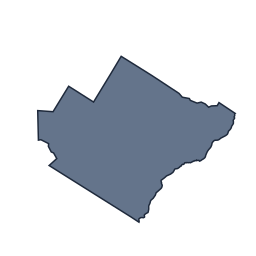 Essex, New York, United States of America (Natural Earth projection), rotated 39°
{"feature_id": "52423323B12520146334260", "entity_name": "Essex", "entity_type": "district", "adm_level": 2, "iso_a3": "USA", "parent_name": "United States of America", "parent_adm1": "New York", "projection": "natural_earth1", "projection_center": [-73.449, 44.146], "detail": "fine", "context": "isolated", "style": "filled", "palette": "slate", "viewbox_px": 256, "rotation_deg": 39, "n_neighbors": 0, "source": "geoboundaries", "source_scale": "gbopen_adm2", "svg_char_len": 2149}
<svg xmlns="http://www.w3.org/2000/svg" viewBox="0 0 256 256"><g transform="rotate(39 128 128)"><path d="M55.6,132.9L59.5,162.5L46.9,171.3L66.0,193.8L67.7,191.9L76.1,190.1L77.7,192.4L83.4,194.9L85.9,194.2L91.9,196.6L90.3,206.8L186.7,195.2L195.8,194.3L195.6,193.8L195.2,193.3L194.1,192.5L193.8,191.8L193.7,191.6L194.1,190.1L194.4,189.5L195.4,188.6L196.3,188.2L196.7,187.5L196.9,187.0L196.9,186.8L196.7,186.5L195.6,185.6L195.4,185.1L195.5,184.3L195.8,183.2L196.6,181.3L196.7,181.1L196.3,180.1L195.2,178.0L193.3,175.7L193.0,175.1L192.5,172.9L191.4,170.4L191.3,169.8L191.8,166.7L191.5,163.0L190.9,161.4L190.6,160.5L190.7,160.0L190.9,159.3L191.7,154.3L191.7,153.4L191.5,152.6L191.4,152.4L190.9,151.3L190.4,150.8L189.5,150.3L189.0,150.2L188.3,149.2L187.8,149.0L186.9,148.2L186.7,147.7L187.6,144.1L187.9,142.5L188.1,141.0L190.1,137.0L190.8,134.4L190.8,133.5L190.5,131.8L190.2,130.7L190.8,129.5L191.3,129.2L192.1,128.2L192.2,127.9L192.7,126.1L192.8,124.7L193.3,123.9L193.1,123.4L193.0,122.9L193.1,122.4L193.2,122.0L194.1,121.3L194.2,121.0L194.0,119.4L194.1,119.1L194.4,118.8L194.9,118.7L195.1,118.6L195.4,117.8L196.1,117.4L196.4,117.3L196.9,116.9L197.2,116.4L198.5,115.6L198.6,115.2L199.1,114.1L199.5,113.4L199.6,112.8L199.6,112.6L200.2,112.2L200.4,111.3L201.6,110.5L201.4,109.8L202.4,109.5L202.8,109.2L203.4,108.6L203.6,108.5L204.3,108.7L204.5,108.7L205.1,107.5L205.5,105.9L206.0,104.7L206.1,104.4L206.4,102.7L206.2,101.6L205.5,100.1L204.7,97.3L204.4,95.7L204.3,93.9L204.4,92.6L204.4,91.0L204.2,90.1L203.9,89.1L203.9,88.9L202.7,86.5L202.7,85.0L202.9,83.4L203.4,82.7L204.9,81.4L205.5,80.7L205.8,80.2L206.2,79.0L206.5,77.5L208.7,72.4L209.1,70.6L209.1,70.0L208.8,69.0L208.1,67.2L208.3,65.4L208.3,64.0L208.1,62.9L207.4,61.2L207.3,59.9L207.1,58.3L206.1,56.9L205.1,56.0L204.9,55.7L204.8,55.1L204.8,54.5L204.8,54.4L204.7,53.4L204.4,53.0L203.7,52.8L203.5,52.6L203.4,52.3L203.3,51.6L203.2,51.3L202.0,49.9L202.0,49.6L202.1,49.2L182.7,51.0L183.3,54.5L178.9,58.4L177.6,61.1L172.9,60.7L168.6,61.8L166.0,65.2L159.1,67.3L157.1,66.5L150.8,69.9L145.9,69.0L113.5,72.2L77.6,76.6L80.4,96.1L84.9,129.5L55.6,132.9Z" fill="#64748b" stroke="#1e293b" stroke-width="1.5"/></g></svg>